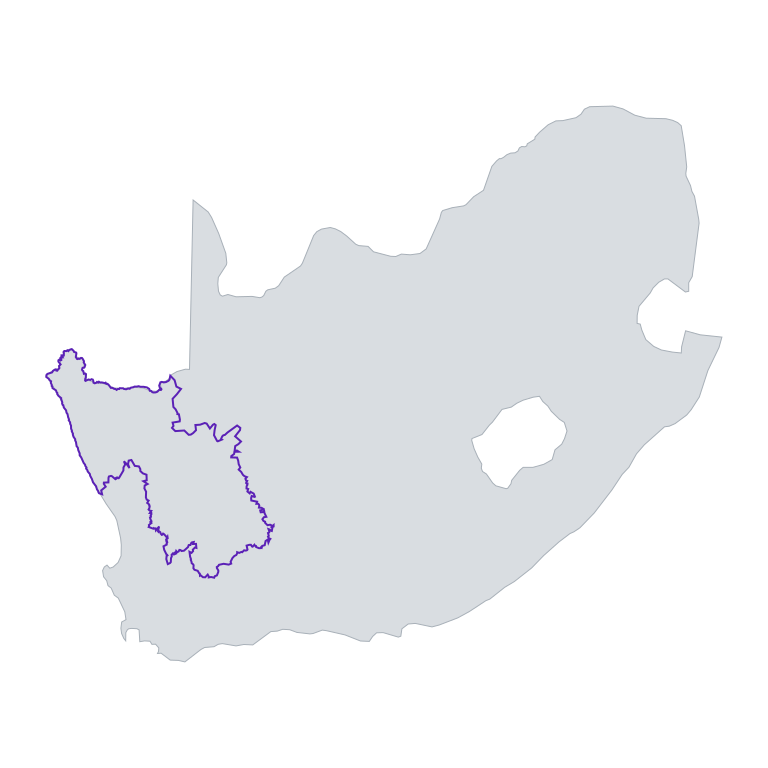 location of Namakwa, Northern Cape, South Africa
{"feature_id": "47623444B2552562251298", "entity_name": "Namakwa", "entity_type": "district", "adm_level": 2, "iso_a3": "ZAF", "parent_name": "South Africa", "parent_adm1": "Northern Cape", "projection": "albers", "projection_center": [17.588, -30.489], "detail": "fine", "context": "in_parent", "style": "outline", "palette": "violet", "viewbox_px": 768, "rotation_deg": 0, "n_neighbors": 0, "source": "geoboundaries", "source_scale": "gbopen_adm2", "svg_char_len": 9625}
<svg xmlns="http://www.w3.org/2000/svg" viewBox="0 0 768 768"><path d="M589.7,106.7L612.9,106.1L623.0,108.9L634.8,115.2L646.2,118.2L665.9,118.7L672.6,120.3L677.7,122.6L681.2,125.7L684.5,145.6L686.7,166.9L685.8,173.5L686.1,176.2L690.5,185.6L691.9,191.4L694.5,196.2L698.7,219.2L699.1,223.1L692.2,276.6L688.7,282.7L688.7,291.3L685.4,292.0L667.9,278.9L664.5,278.9L658.8,282.2L653.1,287.9L650.2,293.0L639.0,306.3L637.2,315.4L637.1,323.4L640.2,324.1L641.8,330.0L645.8,339.6L653.7,346.4L661.4,350.0L672.5,352.1L681.3,353.0L681.6,346.9L685.6,330.8L700.1,334.8L721.9,337.1L719.0,347.5L707.9,370.5L699.3,397.0L691.1,409.8L686.7,415.0L675.1,423.6L669.2,426.2L664.5,426.8L644.3,444.8L636.5,453.8L628.9,467.3L622.2,474.4L611.8,490.1L594.2,513.0L579.9,527.8L573.9,531.8L569.9,533.6L559.0,541.9L543.6,555.6L531.7,567.9L514.4,581.5L504.7,587.3L489.8,599.1L485.8,600.7L469.4,611.5L457.7,617.9L439.2,625.0L432.0,626.9L415.3,623.4L408.2,624.0L401.9,628.8L400.8,636.2L398.3,637.1L383.1,632.6L376.6,632.8L372.6,636.5L369.3,641.4L360.5,641.0L345.0,634.9L326.6,630.7L322.3,630.1L313.1,633.5L309.9,633.9L296.9,632.4L289.7,629.7L282.7,629.3L277.3,631.1L270.8,631.6L252.8,644.9L243.8,644.5L236.0,645.9L222.3,643.6L218.2,644.3L214.0,646.7L204.6,647.5L200.9,649.5L184.9,661.9L178.4,660.4L170.2,660.1L161.1,653.2L157.5,653.5L158.5,651.5L158.8,647.9L155.6,644.2L151.9,644.3L150.0,641.2L144.5,640.9L139.8,641.7L139.1,629.9L136.9,628.7L131.3,628.4L128.6,628.8L127.3,629.9L125.8,632.6L125.7,640.8L123.8,638.4L121.6,633.5L120.9,628.2L121.7,622.0L126.0,619.6L124.8,611.8L118.3,598.1L114.3,595.2L111.2,588.1L108.0,585.6L106.7,580.7L103.6,576.8L102.6,570.6L104.3,567.0L107.0,565.1L109.8,568.2L113.2,567.0L118.1,562.5L121.1,555.8L121.3,544.9L120.6,538.1L116.8,520.5L115.0,516.5L106.2,503.9L95.9,487.0L82.7,460.5L76.4,444.6L66.7,412.4L58.1,394.3L47.4,377.4L46.1,376.3L47.7,374.2L53.3,370.2L55.8,369.1L57.2,369.6L58.5,368.5L59.8,365.9L60.7,359.9L63.3,353.5L65.6,350.8L70.6,349.0L74.4,351.4L76.1,353.7L76.7,356.7L78.4,358.2L81.1,358.1L83.0,360.0L84.1,363.8L83.9,366.7L82.4,368.4L82.6,370.7L84.5,373.5L86.7,379.8L96.8,383.0L102.6,383.4L108.0,385.0L113.2,387.8L121.6,388.6L133.3,387.2L142.9,388.0L150.5,390.8L156.0,391.3L159.4,389.7L160.9,387.2L160.5,384.0L162.2,381.9L166.0,381.1L169.1,378.7L171.5,374.7L176.9,371.6L185.4,369.2L189.5,369.4L193.1,200.0L208.2,212.0L211.6,217.5L218.7,233.5L225.8,253.3L226.8,262.8L226.4,264.8L218.3,277.4L217.8,283.7L218.5,291.2L220.2,294.9L222.4,296.2L227.9,294.5L236.1,296.8L252.0,296.4L259.8,297.7L261.8,297.1L263.7,295.6L265.9,291.2L267.8,289.8L275.3,288.2L278.7,285.7L284.3,277.1L300.5,266.0L302.4,263.2L313.7,235.5L316.9,231.6L321.5,229.1L330.3,227.5L335.4,228.9L340.8,231.6L346.8,236.1L355.7,244.2L358.8,245.6L368.1,246.4L373.5,251.8L390.7,256.3L395.8,256.5L401.4,254.1L410.3,254.8L420.0,253.5L426.2,248.9L439.6,219.0L441.4,212.3L442.8,210.5L452.2,207.7L463.6,205.9L466.0,204.7L473.7,196.7L483.5,190.3L491.9,166.3L496.6,160.9L499.4,158.6L501.0,158.7L503.5,157.4L506.9,154.7L510.7,153.1L515.0,152.8L517.9,151.0L519.4,147.9L521.7,146.5L524.8,146.8L526.7,145.9L527.3,143.8L534.8,139.2L535.1,137.0L539.6,132.2L548.1,124.8L555.9,120.9L562.9,120.6L576.0,117.7L581.0,114.2L584.4,109.2L589.7,106.7ZM532.8,467.4L543.8,464.3L552.2,459.6L555.0,449.8L561.7,444.2L564.5,438.7L567.0,431.0L564.3,422.4L559.6,419.4L551.3,411.3L547.9,406.1L542.8,401.5L539.5,396.3L533.1,397.2L523.1,400.2L516.7,403.3L511.3,407.1L502.0,409.4L492.4,422.2L489.4,425.1L482.0,434.5L472.0,438.5L471.7,440.3L474.1,448.7L477.8,457.1L481.8,464.1L481.3,468.2L482.5,471.5L486.4,474.0L492.6,482.9L495.8,485.8L506.1,488.7L507.7,488.3L511.0,483.7L511.7,480.3L519.7,470.3L523.1,467.4L532.8,467.4Z" fill="#d9dde1" stroke="#a8b0b8" stroke-width="1"/><path d="M202.9,577.2L205.2,577.3L207.7,574.6L208.9,576.7L208.8,577.4L211.1,577.0L214.2,577.7L214.8,576.2L216.9,575.4L218.3,571.9L218.3,570.4L216.9,568.1L216.8,567.0L218.1,566.2L219.0,564.8L223.6,563.8L228.7,564.6L231.2,563.6L230.6,561.8L232.4,558.1L234.3,556.0L236.3,555.0L237.2,553.3L237.2,552.2L239.2,552.9L241.4,551.9L242.2,552.2L244.1,550.3L245.8,550.6L247.0,550.2L247.5,549.6L246.6,545.6L249.4,544.8L250.9,544.8L252.0,546.5L252.6,546.7L254.4,544.8L254.8,545.7L255.9,545.9L256.1,547.0L259.0,548.2L260.8,548.1L261.1,547.3L261.7,547.7L262.2,545.9L264.7,545.2L265.6,541.0L267.7,539.6L268.4,542.6L269.7,539.5L270.3,538.9L268.7,538.0L268.0,536.7L268.8,535.9L268.0,533.0L269.2,532.4L269.3,531.3L268.5,529.1L269.9,529.6L270.5,530.6L271.8,531.0L272.4,527.7L271.7,527.2L273.6,526.5L273.6,525.1L272.7,525.9L270.1,524.7L267.5,525.2L265.1,522.8L265.1,521.7L263.5,521.0L262.4,519.2L263.9,517.2L266.3,516.8L264.5,513.1L264.2,511.2L262.9,512.1L260.7,512.3L260.2,510.4L263.5,509.5L263.7,509.1L261.5,507.8L258.9,507.6L259.3,505.6L259.0,504.7L258.3,503.8L256.4,503.8L257.1,501.7L251.3,500.5L251.1,498.1L251.7,496.0L254.5,496.9L254.9,496.7L253.7,493.6L250.5,491.8L249.7,493.4L247.4,491.5L248.2,489.0L246.5,488.5L246.6,486.2L247.4,484.9L247.5,483.7L246.7,483.7L246.1,483.0L247.2,480.9L246.1,480.5L245.4,478.8L246.9,477.1L244.5,476.2L242.9,474.8L241.2,471.9L238.7,469.6L240.3,467.5L238.7,464.2L238.2,460.7L237.1,457.6L231.2,457.4L231.3,456.1L234.1,454.0L234.4,451.8L238.8,451.7L236.9,450.5L234.6,451.0L235.2,446.1L238.4,444.1L241.0,441.5L235.1,436.3L240.0,430.1L240.3,427.9L237.1,425.5L227.5,432.5L224.9,434.9L223.3,435.3L222.2,436.4L221.0,439.1L221.8,439.6L217.8,441.3L217.1,441.0L214.0,435.2L214.6,430.1L215.7,425.1L214.3,424.0L213.0,424.7L209.9,428.5L206.7,423.6L204.7,423.0L200.1,424.7L195.4,425.0L196.0,430.2L193.1,433.1L190.8,434.6L188.7,434.8L184.3,430.5L175.3,431.1L172.0,427.9L173.5,425.9L172.6,422.6L179.7,421.4L179.9,419.5L178.9,414.3L177.4,414.1L177.5,413.0L175.6,409.3L173.4,407.0L172.6,398.8L176.9,394.2L181.0,388.9L176.4,386.6L174.6,380.2L170.3,375.7L169.5,379.6L168.5,380.8L165.9,382.1L163.7,382.4L161.8,381.9L160.4,382.3L159.2,385.6L159.8,387.6L160.3,388.3L161.2,388.6L161.4,389.4L160.9,390.0L159.3,389.7L157.4,391.7L155.7,392.4L153.4,392.5L152.3,392.2L151.1,390.9L149.8,390.8L149.2,388.9L146.9,387.4L143.6,386.8L140.5,386.8L138.6,386.2L136.9,386.6L134.4,386.6L133.5,387.2L130.8,387.7L129.7,388.8L128.1,388.5L126.1,389.3L123.8,388.9L123.2,388.3L119.7,388.2L119.2,389.0L117.9,388.9L116.6,389.9L115.5,389.0L114.2,388.9L112.4,387.8L110.9,387.9L108.7,384.9L107.5,383.8L106.4,383.9L105.7,382.8L105.3,383.2L101.8,382.4L100.2,382.5L98.9,381.7L98.1,382.6L97.0,381.9L96.0,382.9L94.7,383.3L93.5,382.7L93.2,380.5L92.8,379.6L91.5,379.2L90.5,379.9L88.4,379.5L85.5,380.9L85.1,380.5L85.3,378.5L85.8,377.6L86.0,374.1L85.2,373.5L83.9,373.8L83.3,371.1L82.3,370.4L82.0,369.5L82.6,367.8L84.1,367.7L84.5,367.3L85.3,365.0L83.7,362.4L84.0,361.2L82.6,358.7L82.0,358.0L81.0,357.9L79.7,358.9L78.8,358.5L77.8,359.1L77.1,359.0L75.8,357.0L76.4,353.5L76.2,352.6L74.0,351.9L73.5,350.7L71.7,349.1L69.2,350.0L68.4,351.1L67.3,350.3L66.5,351.1L64.3,351.0L63.5,352.1L63.9,353.1L63.8,355.6L63.1,356.0L62.1,355.3L61.5,355.3L61.5,356.1L62.5,357.4L60.7,357.5L60.4,357.9L61.3,359.0L61.3,360.1L60.4,360.4L59.3,359.6L58.4,360.3L58.4,361.6L60.6,364.4L59.0,366.0L59.4,368.0L59.1,368.6L58.3,369.1L57.3,370.7L56.3,370.6L55.9,369.4L55.1,369.5L53.1,370.8L52.1,372.4L47.4,373.9L46.4,375.1L46.3,377.0L48.7,378.7L49.7,380.3L51.1,381.3L50.8,382.9L51.7,384.7L51.7,386.0L52.3,386.4L52.5,388.1L56.0,390.4L56.6,392.3L57.3,392.9L57.2,394.0L58.4,395.8L61.2,398.1L61.1,398.9L62.3,402.4L62.1,403.6L62.7,405.0L63.3,405.2L63.8,407.5L66.1,410.4L66.5,412.7L67.5,414.0L68.1,417.0L69.0,419.4L68.7,420.2L70.1,422.3L70.2,423.8L71.0,425.6L71.1,428.7L72.0,431.0L71.8,431.4L73.0,433.9L72.8,434.6L73.5,436.8L75.2,439.2L75.2,440.5L76.0,442.1L76.6,446.2L77.8,447.6L78.3,450.3L79.6,453.2L79.7,455.4L81.2,457.4L83.7,463.0L85.1,464.7L85.3,465.9L86.5,467.5L86.1,468.6L87.3,470.0L87.7,471.5L89.8,473.9L90.2,475.8L91.9,479.0L93.0,482.3L96.1,486.3L96.9,489.2L98.2,491.2L98.5,492.4L99.0,493.2L102.1,494.3L101.2,490.4L105.7,486.7L103.8,483.8L103.9,482.6L108.4,482.4L108.5,477.8L108.9,476.5L111.0,475.9L111.9,476.2L115.4,479.2L116.8,478.4L116.4,477.7L117.1,477.4L118.7,478.2L119.1,477.8L123.4,470.5L123.5,467.4L125.2,464.4L123.9,461.3L126.4,463.7L129.5,468.1L128.0,464.2L128.7,460.6L131.4,460.0L134.8,465.9L138.9,466.4L140.3,469.1L140.3,471.0L142.9,473.4L146.5,474.7L146.7,480.3L143.4,481.2L147.6,484.0L144.7,485.5L144.4,488.4L146.1,491.7L145.9,497.4L146.7,499.6L148.6,500.6L147.2,502.9L149.2,504.5L149.2,505.7L149.7,506.1L149.4,508.0L148.2,510.2L148.8,509.8L149.6,510.5L151.3,510.9L149.9,513.0L151.3,513.0L151.4,514.2L150.6,515.4L151.0,516.2L150.7,517.3L150.0,517.5L150.4,519.2L151.5,521.2L151.4,521.8L150.4,521.9L150.4,522.6L151.2,523.2L148.9,525.0L149.1,526.2L148.7,527.0L153.3,528.7L153.8,528.1L154.5,528.6L155.5,528.4L155.9,530.4L159.1,526.5L158.0,531.3L158.5,531.9L159.0,531.2L160.3,532.2L160.6,533.5L161.8,534.9L162.5,534.6L163.1,533.6L164.3,534.4L165.9,536.3L166.6,536.5L166.7,538.6L167.5,537.0L167.7,538.3L166.1,539.7L166.3,540.7L166.6,540.5L167.1,541.3L166.8,542.1L167.2,542.5L166.5,543.9L166.7,544.6L163.5,546.3L164.2,549.8L166.7,554.9L167.1,554.8L167.5,555.4L166.6,556.0L166.3,559.1L167.8,564.1L170.1,563.0L170.8,562.1L171.0,558.2L171.8,556.3L171.6,554.8L172.9,553.4L173.9,554.5L175.9,553.6L175.0,552.5L175.9,552.1L176.2,551.0L177.2,552.2L178.7,551.4L179.4,549.9L180.6,550.1L181.5,551.0L184.0,550.7L188.0,547.1L188.7,545.1L190.4,545.0L191.1,543.2L191.9,542.4L193.7,542.0L193.1,544.0L196.0,543.9L196.4,547.9L195.0,547.5L192.8,549.7L193.1,551.1L191.5,552.9L189.5,551.8L190.1,556.7L191.0,559.2L190.7,559.8L191.5,561.7L191.7,563.2L193.2,564.4L193.6,565.2L193.4,568.3L194.5,569.8L197.7,570.8L199.2,573.3L199.8,573.6L200.0,575.7L200.7,575.3L202.9,577.2Z" fill="none" stroke="#5b21b6" stroke-width="2"/></svg>